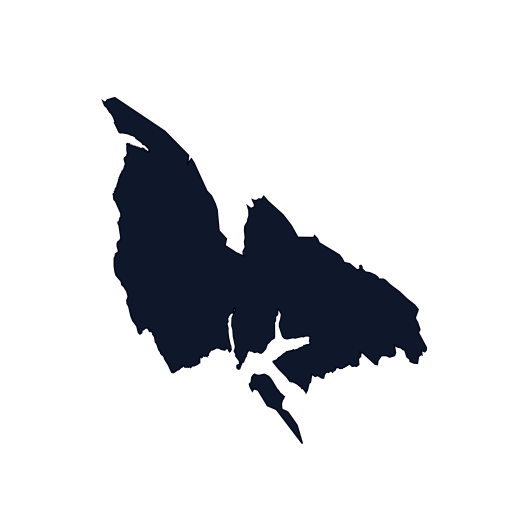 Balestrand nor, Sogn og Fjordane, Norway, rotated 73°
{"feature_id": "86288312B39702039742049", "entity_name": "Balestrand nor", "entity_type": "district", "adm_level": 2, "iso_a3": "NOR", "parent_name": "Norway", "parent_adm1": "Sogn og Fjordane", "projection": "robinson", "projection_center": [6.463, 61.269], "detail": "fine", "context": "isolated", "style": "filled", "palette": "ink", "viewbox_px": 512, "rotation_deg": 73, "n_neighbors": 0, "source": "geoboundaries", "source_scale": "gbopen_adm2", "svg_char_len": 6142}
<svg xmlns="http://www.w3.org/2000/svg" viewBox="0 0 512 512"><g transform="rotate(73 256 256)"><path d="M354.6,116.6L349.4,118.6L341.2,124.3L332.3,129.3L322.3,136.6L317.2,139.3L315.4,141.1L314.2,145.1L311.6,146.0L308.9,147.9L305.3,152.1L303.4,156.1L299.3,158.3L297.1,157.9L295.7,158.4L295.8,159.6L297.9,159.9L298.7,160.7L299.0,161.7L298.8,163.5L290.7,168.8L288.1,173.6L283.4,174.5L279.3,176.1L261.8,191.8L257.6,192.2L253.7,194.0L254.9,195.0L254.9,196.5L250.4,210.6L237.3,213.4L224.7,218.1L207.3,228.5L201.2,231.2L203.0,233.4L203.3,234.6L202.3,236.5L203.1,239.3L202.6,241.1L201.2,242.9L206.0,242.3L208.5,243.0L209.2,246.2L208.8,247.3L205.7,249.4L210.2,249.4L215.6,250.9L218.5,253.0L220.5,253.8L224.3,257.9L228.0,259.4L235.2,260.8L239.1,262.8L244.4,263.6L248.1,267.1L252.2,267.7L250.8,270.0L248.3,272.5L247.8,273.5L236.9,282.6L230.9,279.3L221.0,284.0L200.3,279.7L193.9,279.8L185.3,281.1L179.6,284.0L148.3,288.2L144.2,289.4L147.9,294.5L140.1,291.1L110.1,306.7L63.3,344.8L63.3,352.8L65.3,354.8L64.6,355.3L64.6,356.0L63.1,357.1L67.9,356.7L69.1,356.1L69.2,355.5L75.6,353.8L77.0,352.9L80.5,351.9L86.3,351.4L87.0,352.3L97.4,350.7L98.4,350.0L99.1,347.5L101.7,342.5L104.0,339.9L105.2,337.7L105.9,337.6L106.0,337.0L106.9,336.4L108.2,336.4L114.0,332.0L116.1,331.4L117.3,329.6L122.4,327.1L123.8,327.0L124.5,327.2L123.9,327.5L124.9,328.2L124.8,329.5L123.4,330.0L123.4,330.7L122.7,330.7L122.8,331.4L120.6,331.9L119.8,333.0L119.6,335.5L118.7,335.7L118.1,337.3L117.4,337.3L116.8,339.2L116.1,339.2L114.5,342.4L113.8,342.4L113.2,344.2L112.4,344.2L112.8,344.6L111.4,345.3L110.9,346.0L111.2,346.9L114.5,347.3L114.5,347.7L118.1,348.6L121.0,348.8L121.1,349.6L122.0,349.8L122.8,350.7L123.8,353.1L125.0,353.7L130.4,353.8L130.8,354.7L132.3,355.2L132.3,355.8L133.2,356.0L135.9,358.6L135.8,359.3L136.7,359.5L138.6,361.7L139.6,361.9L139.4,362.3L140.2,363.0L141.1,363.2L141.1,363.8L142.0,364.0L143.0,365.1L143.7,365.1L147.9,368.2L148.6,368.1L151.0,371.0L152.6,371.6L152.9,372.5L155.2,372.9L154.8,374.0L155.5,374.0L155.5,374.5L157.7,374.4L157.7,374.8L160.2,375.2L160.2,374.8L161.0,375.0L162.7,374.2L176.6,372.6L176.7,373.0L179.6,373.8L179.7,374.7L180.4,374.7L180.4,375.2L183.2,376.9L183.3,378.0L183.9,378.3L187.1,378.0L199.4,379.9L201.6,382.0L202.0,383.8L203.7,385.1L205.9,385.8L211.7,386.0L213.0,389.6L213.7,389.6L213.6,390.0L214.9,390.4L216.8,392.2L224.7,394.6L230.1,395.4L233.6,395.4L240.8,392.3L244.3,392.7L246.5,391.3L251.9,389.9L257.3,390.0L259.8,391.6L260.4,392.4L263.8,393.1L267.0,392.4L277.1,393.1L281.8,392.7L288.2,390.4L294.7,390.8L296.7,389.8L295.9,387.7L293.5,386.8L293.6,385.3L292.4,382.7L293.4,380.4L296.8,379.8L296.4,378.9L297.5,378.5L297.7,377.9L300.1,377.0L300.6,377.6L303.7,376.6L309.2,377.3L310.6,376.5L317.1,376.3L319.8,375.4L321.3,375.5L323.1,374.8L323.4,374.0L325.8,373.3L327.8,373.4L335.1,371.5L342.5,370.6L343.3,369.4L343.3,368.4L341.8,364.3L342.1,363.2L340.5,360.1L340.5,358.9L339.6,358.0L339.9,357.0L341.3,356.6L342.1,354.5L341.7,354.0L342.6,352.9L342.3,352.2L343.4,351.2L342.5,350.6L343.0,350.0L342.1,349.0L342.6,348.2L342.3,347.8L342.9,347.1L342.4,344.8L342.6,344.5L341.8,342.0L341.3,341.7L341.5,341.1L337.1,339.8L336.2,339.1L337.2,338.0L337.0,337.0L335.6,336.6L335.7,336.0L336.8,334.4L336.8,333.2L337.8,332.2L336.8,331.5L336.9,330.7L335.0,329.7L332.8,326.8L333.0,324.5L332.2,320.6L333.4,317.9L335.0,316.6L336.8,313.3L335.9,312.3L336.0,310.4L337.5,309.3L338.5,309.7L339.4,309.3L338.8,309.0L339.5,308.4L337.9,307.0L337.6,307.3L334.6,306.5L332.9,306.8L325.2,306.1L319.6,305.0L317.2,304.0L312.2,303.7L311.1,303.0L310.7,302.0L307.6,301.7L304.9,299.3L303.2,296.8L303.6,294.7L303.3,294.1L300.7,293.0L299.5,291.8L300.2,291.1L301.9,291.5L308.1,296.8L315.5,299.4L319.7,299.5L326.4,301.1L336.4,302.0L338.4,302.8L340.6,304.5L343.9,303.9L345.9,304.5L351.2,302.5L353.9,302.9L354.8,303.7L355.1,306.1L356.9,306.8L357.8,306.7L358.2,305.6L359.0,305.9L359.1,304.7L354.0,300.8L353.6,299.0L349.8,296.0L348.9,294.6L347.4,294.3L347.2,293.6L346.1,293.1L344.5,291.3L344.4,289.7L345.5,288.5L345.4,287.6L347.7,285.8L348.0,282.4L349.6,281.0L350.4,279.4L349.6,277.4L347.4,273.9L343.0,270.8L342.9,269.7L340.6,265.9L339.8,262.7L339.1,262.1L324.6,257.8L323.7,256.4L319.6,255.1L318.5,252.9L317.6,252.3L313.3,250.8L313.0,250.2L314.9,249.4L319.3,248.6L323.8,250.8L327.1,253.1L330.2,254.1L340.4,254.0L342.9,252.9L344.3,250.4L344.8,244.4L345.8,242.7L346.3,235.5L347.1,234.3L346.8,232.2L347.7,229.0L349.5,227.9L353.2,229.7L354.7,229.3L356.3,230.7L355.7,234.2L356.3,234.7L355.7,236.2L356.6,237.4L356.8,241.2L357.5,243.3L357.5,246.8L356.6,247.8L357.4,248.7L357.0,249.4L356.6,255.0L357.2,255.6L357.9,258.5L359.5,261.8L359.9,264.1L361.5,266.4L361.8,270.4L362.5,270.5L370.8,267.1L380.6,261.9L385.7,260.2L386.8,258.5L386.7,257.8L390.1,254.2L395.1,250.8L395.9,250.9L395.8,250.2L396.9,249.5L400.1,248.4L400.0,247.9L401.2,248.0L399.4,246.2L393.1,242.6L392.7,240.9L385.2,237.4L388.5,234.5L388.2,231.9L391.9,228.7L392.4,227.0L389.5,225.5L388.0,223.4L387.5,221.8L388.5,220.7L387.4,218.0L389.4,216.7L388.8,216.2L388.1,213.6L385.9,211.8L386.5,210.7L386.6,209.6L387.9,208.9L388.6,206.3L387.8,204.9L388.2,204.2L387.5,203.0L387.7,202.5L386.5,197.9L389.6,196.3L389.9,193.9L390.9,192.3L389.9,189.5L384.5,188.3L383.0,186.6L382.9,185.5L380.4,184.6L377.6,185.2L379.6,183.9L379.2,182.6L394.5,173.5L395.3,171.7L391.7,170.1L387.9,165.3L389.2,160.5L391.7,157.8L391.7,152.7L389.3,150.9L381.5,149.8L384.6,147.0L385.8,144.5L388.4,142.8L389.4,141.2L396.6,141.1L399.8,139.0L401.9,139.4L404.6,136.1L405.8,133.0L399.0,129.8L399.3,128.7L398.2,127.1L399.0,126.2L396.3,125.8L394.7,124.9L396.8,122.9L396.8,122.4L395.6,120.7L393.3,119.9L376.7,123.2L374.3,120.8L366.3,121.0L364.0,121.7L361.6,121.8L354.6,116.6ZM376.6,299.8L379.9,299.8L384.1,298.9L382.6,297.3L382.9,295.8L384.9,293.2L402.5,288.8L408.6,281.4L448.9,266.5L430.0,266.2L414.9,271.1L413.5,272.2L410.8,275.5L409.6,276.1L404.7,275.0L400.6,272.4L400.7,271.8L398.7,270.1L398.5,270.8L396.7,271.3L396.8,271.7L395.0,272.5L395.0,272.9L390.8,274.1L390.8,274.6L379.4,277.4L375.9,278.7L375.9,279.2L374.8,279.2L371.6,282.6L371.2,288.0L369.4,291.6L368.7,291.7L369.0,293.2L370.8,295.4L375.6,297.6L376.6,299.8Z" fill="#0f172a" stroke="#020617" stroke-width="1.5"/></g></svg>